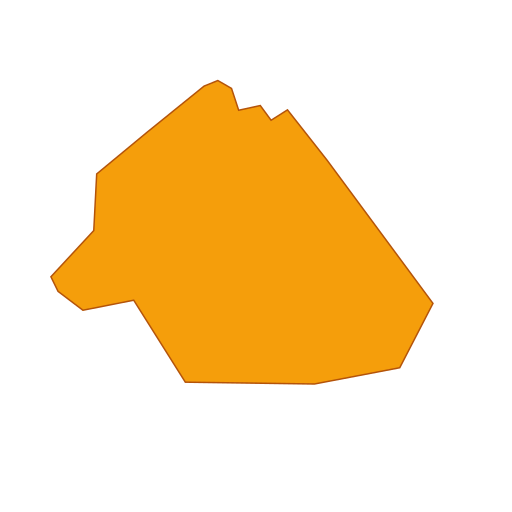 Água Nova, Rio Grande do Norte, Brazil, rotated 207°
{"feature_id": "56859067B45321497096345", "entity_name": "Água Nova", "entity_type": "district", "adm_level": 2, "iso_a3": "BRA", "parent_name": "Brazil", "parent_adm1": "Rio Grande do Norte", "projection": "natural_earth1", "projection_center": [-38.295, -6.209], "detail": "fine", "context": "isolated", "style": "filled", "palette": "amber", "viewbox_px": 512, "rotation_deg": 207, "n_neighbors": 0, "source": "geoboundaries", "source_scale": "gbopen_adm2", "svg_char_len": 409}
<svg xmlns="http://www.w3.org/2000/svg" viewBox="0 0 512 512"><g transform="rotate(207 256 256)"><path d="M385.6,129.1L344.9,161.1L261.7,111.5L145.8,168.5L77.2,221.7L76.8,294.1L236.1,373.6L294.3,400.5L304.2,383.8L320.5,392.0L337.6,378.0L353.9,394.2L369.7,395.0L379.4,383.8L409.2,316.9L435.2,256.8L412.1,205.0L429.3,144.4L416.3,134.6L385.6,129.1Z" fill="#f59e0b" stroke="#b45309" stroke-width="1.5"/></g></svg>